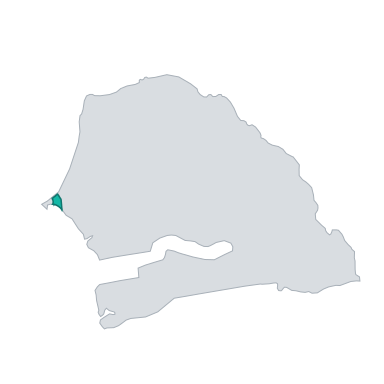 Rufisque, Dakar, Senegal shown in context, rotated 350°
{"feature_id": "50182788B16861669195445", "entity_name": "Rufisque", "entity_type": "district", "adm_level": 2, "iso_a3": "SEN", "parent_name": "Senegal", "parent_adm1": "Dakar", "projection": "robinson", "projection_center": [-17.203, 14.737], "detail": "fine", "context": "in_parent", "style": "filled", "palette": "teal", "viewbox_px": 384, "rotation_deg": 350, "n_neighbors": 0, "source": "geoboundaries", "source_scale": "gbopen_adm2", "svg_char_len": 5116}
<svg xmlns="http://www.w3.org/2000/svg" viewBox="0 0 384 384"><g transform="rotate(350 192 192)"><path d="M297.7,175.0L302.4,183.9L301.4,188.2L300.4,194.5L303.0,199.1L306.0,202.0L308.2,204.8L310.6,208.5L311.1,216.0L310.7,221.4L312.2,223.9L313.6,227.0L313.3,229.6L312.5,231.8L309.6,234.9L309.1,240.5L313.9,247.3L316.9,251.0L316.9,253.1L317.8,255.4L320.0,258.1L321.4,257.5L322.9,255.3L323.6,253.7L327.7,254.4L329.6,255.1L332.3,259.6L333.2,262.5L333.9,266.2L336.6,270.9L339.0,274.1L339.5,276.2L341.7,278.9L340.4,285.1L340.6,288.2L339.2,296.5L338.9,300.3L339.0,301.8L342.2,304.7L341.9,308.9L338.6,308.1L332.9,307.7L321.4,309.8L317.5,308.9L310.0,309.2L304.7,310.4L297.9,313.1L292.6,312.5L289.7,310.3L286.0,310.5L281.8,309.3L277.2,307.3L273.1,306.2L268.7,302.4L266.6,301.8L265.1,302.8L263.9,304.0L262.6,304.8L260.2,304.1L259.3,301.5L260.1,299.0L260.3,297.2L259.1,296.1L256.4,295.8L252.1,295.8L245.0,295.0L243.4,294.5L227.6,293.9L211.2,293.8L197.3,293.7L179.8,293.6L167.5,293.6L156.0,293.5L147.1,298.6L137.5,304.1L124.6,307.0L109.7,305.9L104.9,306.7L100.0,309.2L96.4,310.9L91.3,312.0L84.7,311.1L82.0,311.6L80.3,309.1L78.4,305.1L79.6,302.1L83.6,300.2L89.7,297.7L92.9,299.0L94.8,299.1L95.1,297.5L94.5,296.6L89.9,294.4L87.5,291.6L85.6,293.2L83.9,296.8L82.5,297.8L80.4,298.8L79.2,296.4L78.7,294.1L79.7,292.3L79.2,282.2L79.7,276.8L79.4,272.1L82.3,269.0L85.0,267.1L95.7,267.0L105.6,266.8L115.1,266.9L124.8,267.0L125.7,257.6L128.8,256.9L133.4,255.9L142.0,254.8L151.5,253.7L153.5,251.8L155.1,248.7L156.1,245.9L158.1,244.7L160.7,245.7L164.2,247.1L167.9,249.4L172.0,251.5L174.8,252.8L181.5,256.1L192.9,260.7L202.2,262.6L213.5,259.2L221.7,257.0L222.7,253.0L221.4,249.1L215.3,245.5L207.0,245.9L204.5,246.8L200.7,248.0L198.3,248.5L194.4,247.7L189.5,244.5L186.4,241.4L182.0,239.9L176.8,238.5L168.5,232.0L164.2,230.8L160.1,230.5L152.3,231.8L144.6,235.2L140.6,243.1L132.9,243.0L116.6,242.7L101.6,242.5L89.2,243.0L88.0,237.3L85.1,232.8L80.3,228.9L79.3,225.3L80.9,222.2L85.5,219.6L86.5,217.8L84.1,218.1L80.5,219.7L78.0,219.8L77.7,214.8L73.7,208.4L69.2,197.6L64.0,193.1L59.7,184.4L55.2,181.0L51.0,179.4L47.5,179.7L46.2,183.8L41.8,178.0L47.8,175.9L60.7,168.7L75.5,148.0L88.7,123.5L90.5,117.7L92.1,113.3L93.1,103.3L95.0,97.3L96.8,96.1L99.1,91.6L101.8,83.5L104.8,79.1L108.3,78.2L110.9,78.6L112.8,80.2L118.4,81.3L127.7,81.7L134.9,80.5L139.9,77.7L146.5,76.3L154.8,76.2L159.1,75.1L159.5,72.8L160.6,72.1L162.3,73.0L163.9,72.6L165.4,71.0L167.0,70.9L168.5,72.3L175.4,72.7L187.6,72.1L199.0,76.4L209.5,85.3L214.9,91.3L215.2,94.3L216.9,97.4L220.1,100.4L222.9,101.0L225.5,99.1L227.5,99.3L229.0,101.6L232.0,102.1L235.3,100.6L237.7,101.1L238.1,102.5L238.6,103.3L240.2,103.6L242.4,105.4L245.4,110.1L247.9,116.8L249.9,125.4L252.4,130.0L255.5,130.8L257.4,132.5L257.7,134.5L258.6,135.9L260.1,136.7L262.8,136.2L265.9,139.1L269.2,145.4L269.8,148.2L269.3,149.7L269.5,150.8L271.7,151.9L273.8,154.0L275.5,157.0L279.2,159.8L284.9,162.2L289.0,165.8L291.5,170.5L296.7,174.5L297.7,175.0Z" fill="#d9dde1" stroke="#a8b0b8" stroke-width="1"/><path d="M61.3,181.6L61.3,181.3L61.4,181.2L61.4,180.9L61.4,180.7L61.4,180.4L61.5,180.1L61.5,179.9L61.5,179.7L61.5,179.4L61.5,179.2L61.5,178.8L61.6,178.7L61.6,178.3L61.6,178.2L61.6,177.9L61.7,177.7L61.7,177.4L61.7,177.2L61.7,176.9L61.7,176.6L61.7,176.4L61.6,176.1L61.5,175.8L61.4,175.7L61.3,175.4L61.2,175.3L61.1,175.1L61.0,174.9L61.0,174.7L60.9,174.5L60.9,174.4L60.8,174.2L60.7,174.1L60.6,173.8L60.6,173.7L60.5,173.4L60.4,173.3L60.4,173.2L60.3,172.9L60.2,172.8L60.2,172.6L60.0,172.4L60.0,172.2L59.9,172.1L59.8,171.9L59.7,171.6L59.6,171.4L59.5,171.2L59.4,171.0L59.4,170.9L59.3,170.7L59.2,170.7L59.1,170.8L58.9,170.9L58.7,171.0L58.4,171.2L58.2,171.3L58.0,171.5L57.9,171.5L57.6,171.6L57.4,171.7L57.3,171.8L57.2,171.9L57.0,172.0L56.9,172.0L56.7,172.2L56.5,172.3L56.3,172.4L56.3,172.5L56.1,172.5L55.9,172.6L55.7,172.7L55.5,172.8L55.4,172.9L55.2,172.9L55.1,173.0L54.9,173.1L54.7,173.2L54.7,173.3L54.4,173.4L54.3,173.5L54.2,173.5L53.9,173.7L53.8,173.8L53.7,173.8L53.4,173.9L53.3,174.0L53.2,174.0L53.2,174.4L53.2,174.6L53.3,174.7L53.3,174.8L53.5,175.0L53.5,175.4L53.6,175.6L53.6,176.1L53.6,176.6L53.6,176.9L53.6,177.0L53.6,177.6L53.6,177.8L53.4,178.2L53.4,178.3L53.3,178.5L53.2,178.8L53.2,179.0L53.0,179.5L52.9,179.6L52.6,179.8L52.8,179.9L53.0,180.0L53.3,180.1L53.6,180.2L53.7,180.3L53.8,180.3L54.0,180.4L54.0,180.5L54.1,180.4L54.3,180.3L54.5,180.4L54.7,180.5L54.8,180.5L55.0,180.7L55.2,180.8L55.3,180.8L55.5,180.9L55.7,181.0L55.8,181.1L56.0,181.2L56.1,181.3L56.3,181.5L56.5,181.7L56.6,181.8L56.8,181.9L57.0,182.0L57.3,182.3L57.5,182.5L57.8,182.7L57.9,182.8L58.0,182.9L58.1,183.0L58.3,183.2L58.4,183.3L58.5,183.5L58.8,183.9L58.9,184.0L59.0,184.1L59.2,184.3L59.3,184.5L59.5,184.7L59.6,184.8L59.8,185.0L59.9,185.3L60.0,185.4L60.0,185.5L60.2,185.8L60.3,186.0L60.4,186.3L60.5,186.4L60.5,186.5L60.6,186.8L60.7,187.0L60.8,187.3L60.9,187.1L60.9,186.9L60.9,186.7L60.9,186.4L60.9,186.2L61.0,185.9L61.0,185.6L61.0,185.4L61.0,185.2L61.0,184.8L61.0,184.6L61.1,184.3L61.1,184.2L61.1,183.9L61.1,183.7L61.2,183.3L61.2,183.2L61.2,182.8L61.2,182.6L61.2,182.4L61.3,182.2L61.3,181.8L61.3,181.6Z" fill="#14b8a6" stroke="#0f766e" stroke-width="1.5"/></g></svg>